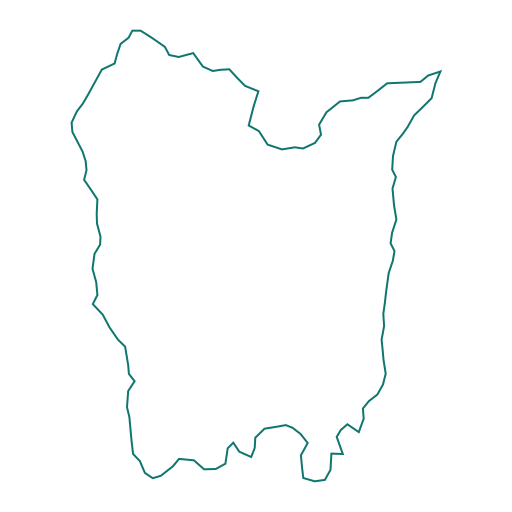 Aparecida d'Oeste, São Paulo, Brazil (Robinson projection)
{"feature_id": "56859067B28943680298360", "entity_name": "Aparecida d'Oeste", "entity_type": "district", "adm_level": 2, "iso_a3": "BRA", "parent_name": "Brazil", "parent_adm1": "São Paulo", "projection": "robinson", "projection_center": [-50.917, -20.479], "detail": "fine", "context": "isolated", "style": "outline", "palette": "teal", "viewbox_px": 512, "rotation_deg": 0, "n_neighbors": 0, "source": "geoboundaries", "source_scale": "gbopen_adm2", "svg_char_len": 1747}
<svg xmlns="http://www.w3.org/2000/svg" viewBox="0 0 512 512"><path d="M428.2,75.5L420.4,81.9L387.2,83.3L374.8,93.0L368.3,97.8L361.0,97.8L352.7,100.4L340.1,101.4L326.5,112.2L319.1,124.6L321.0,134.7L315.0,142.9L303.0,148.5L294.8,147.3L282.0,149.4L267.6,144.6L258.9,131.1L248.7,125.5L253.6,106.5L258.4,91.3L245.1,85.9L237.3,78.0L229.3,69.3L220.4,69.8L212.8,71.0L202.9,66.6L193.2,53.1L178.7,57.0L169.2,55.0L164.9,46.9L151.7,37.7L140.6,30.7L132.3,30.7L128.6,37.7L120.6,43.9L117.2,53.9L114.6,63.5L101.8,69.6L88.2,94.4L82.9,103.5L76.8,111.5L71.6,122.7L72.4,132.0L82.6,151.6L85.7,161.3L86.5,170.2L84.1,179.8L91.8,191.0L97.4,199.4L96.7,213.6L97.0,223.6L100.5,236.6L100.1,244.6L94.5,253.9L92.5,268.7L96.2,282.2L97.4,295.0L92.8,304.1L102.7,314.6L109.6,327.5L118.0,339.7L125.1,346.6L126.6,355.5L128.2,365.2L128.9,373.9L134.6,381.2L128.2,391.0L127.0,407.2L129.4,417.3L130.7,431.6L131.6,441.3L133.1,454.0L139.9,461.1L144.9,472.9L152.8,478.2L160.8,475.8L172.9,466.3L179.0,458.9L193.9,460.3L204.1,469.3L215.8,469.0L225.4,463.7L227.7,448.3L233.3,442.7L239.3,451.7L251.2,457.0L254.7,448.0L255.3,437.7L264.5,428.7L276.3,426.8L285.8,425.1L292.6,427.8L300.6,434.0L307.7,443.0L300.9,455.3L302.1,468.0L303.3,478.0L314.7,481.3L324.9,479.9L330.5,469.8L331.4,453.6L342.8,454.0L336.7,436.9L340.9,429.9L347.4,424.3L358.8,432.1L363.7,418.6L362.9,408.5L369.0,401.0L377.4,394.5L383.0,384.5L385.7,373.7L383.5,359.7L382.6,349.6L381.6,339.7L384.1,326.1L383.3,313.8L384.8,303.4L386.2,291.1L388.7,273.0L392.8,260.9L394.5,251.1L390.6,243.3L392.1,232.7L396.4,219.5L394.0,205.0L392.5,188.5L395.9,177.0L392.2,169.7L393.0,156.0L396.4,141.7L403.2,133.3L407.8,126.7L414.1,115.4L423.3,106.5L431.6,98.2L435.5,83.0L440.4,71.5L428.2,75.5Z" fill="none" stroke="#0f766e" stroke-width="2"/></svg>